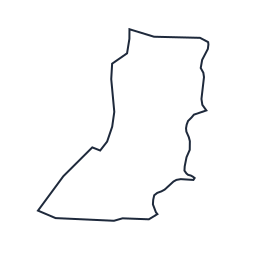 the border of Sangre Grande, rotated 190°
{"feature_id": "TTO-54", "entity_name": "Sangre Grande", "entity_type": "Region", "adm_level": 1, "iso_a3": "TTO", "parent_name": "Trinidad and Tobago", "parent_adm1": "", "projection": "natural_earth1", "projection_center": [-61.154, 10.651], "detail": "fine", "context": "isolated", "style": "outline", "palette": "slate", "viewbox_px": 256, "rotation_deg": 190, "n_neighbors": 0, "source": "natural_earth", "source_scale": "10m", "svg_char_len": 795}
<svg xmlns="http://www.w3.org/2000/svg" viewBox="0 0 256 256"><g transform="rotate(190 128 128)"><path d="M84.1,48.3L91.6,41.7L117.7,38.1L125.7,34.2L183.7,26.7L202.3,31.0L183.3,69.3L159.8,102.7L151.5,101.0L146.2,111.0L143.8,126.5L144.3,141.5L153.0,173.2L154.8,188.6L141.9,201.4L142.1,216.0L143.7,225.5L118.2,222.4L72.7,229.3L64.0,226.5L63.3,224.2L63.1,219.7L66.8,208.0L66.8,199.7L63.4,195.5L62.0,191.3L60.7,169.3L58.8,163.7L53.9,158.9L65.4,152.6L67.3,149.3L70.1,145.3L70.8,141.5L70.8,137.8L69.9,134.6L66.5,129.5L64.8,125.8L63.4,117.2L65.3,109.4L65.5,100.1L65.0,95.8L62.6,93.4L60.7,92.3L57.9,92.1L55.6,91.3L53.7,90.3L54.6,88.2L67.2,86.8L71.3,85.3L73.9,83.2L81.2,73.7L84.1,71.4L87.9,69.2L90.5,66.3L90.7,61.7L90.2,57.1L85.9,49.9L84.1,48.3Z" fill="none" stroke="#1e293b" stroke-width="2"/></g></svg>